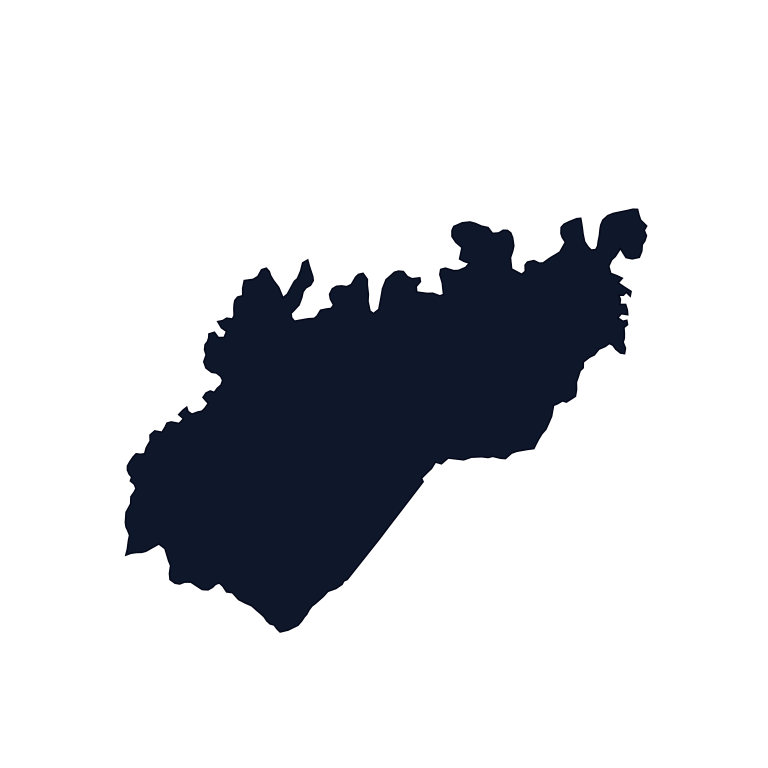 Coronel Vivida, Paraná, Brazil (Albers equal-area conic projection), rotated 127°
{"feature_id": "56859067B6845535054846", "entity_name": "Coronel Vivida", "entity_type": "district", "adm_level": 2, "iso_a3": "BRA", "parent_name": "Brazil", "parent_adm1": "Paraná", "projection": "albers", "projection_center": [-52.604, -25.993], "detail": "fine", "context": "isolated", "style": "filled", "palette": "ink", "viewbox_px": 768, "rotation_deg": 127, "n_neighbors": 0, "source": "geoboundaries", "source_scale": "gbopen_adm2", "svg_char_len": 4389}
<svg xmlns="http://www.w3.org/2000/svg" viewBox="0 0 768 768"><g transform="rotate(127 384 384)"><path d="M217.0,213.8L215.0,210.1L210.0,212.7L206.7,218.2L203.0,219.5L199.0,222.4L194.5,226.3L190.0,225.2L187.0,228.4L190.1,231.0L190.4,237.1L185.0,236.7L182.0,231.0L178.5,234.1L175.0,238.9L178.5,243.5L174.0,246.2L171.8,249.9L169.0,246.2L165.0,245.8L165.7,240.2L161.3,242.4L161.9,249.9L162.3,257.8L156.1,257.3L157.4,263.5L159.2,269.5L154.6,275.4L147.7,276.9L143.0,276.0L133.5,276.7L135.4,272.1L137.4,266.8L134.7,261.1L129.2,256.3L122.6,258.1L117.3,261.6L112.6,261.8L107.6,263.6L104.7,268.6L99.7,269.3L98.6,277.7L95.6,282.1L91.9,286.6L94.6,290.4L99.0,294.1L105.7,300.0L109.7,303.5L114.8,306.6L121.3,307.9L126.5,306.6L129.9,304.9L135.9,301.3L140.5,299.1L145.4,296.4L149.2,295.8L152.3,299.1L151.7,303.5L149.6,309.4L144.3,315.4L139.3,320.2L133.2,326.6L136.1,329.7L142.9,333.8L148.0,336.4L152.3,336.8L157.3,333.3L159.7,329.8L161.6,324.5L172.8,323.0L177.2,324.7L181.0,326.3L184.4,327.6L191.6,329.8L194.0,332.7L195.2,338.6L200.3,342.9L204.1,342.9L209.0,339.0L213.5,340.1L215.3,351.3L207.0,359.0L200.4,361.2L195.6,363.4L189.7,369.3L187.0,373.7L187.0,377.9L189.5,381.4L194.3,383.3L198.4,388.0L196.4,395.0L199.2,401.1L200.8,407.8L202.8,412.8L208.1,418.5L216.2,423.1L220.5,422.1L225.3,418.5L227.6,412.0L228.1,403.9L234.8,400.7L238.7,398.9L237.9,393.6L236.1,388.6L241.8,389.0L248.5,392.9L251.5,396.5L254.5,404.7L258.4,407.7L263.0,405.3L268.3,398.2L272.2,394.6L276.7,390.3L280.0,392.5L282.1,399.6L285.7,404.1L290.8,413.2L286.8,416.9L280.3,416.5L277.6,419.3L283.1,425.0L284.1,430.1L282.5,436.2L285.1,440.4L288.5,443.0L293.4,443.9L299.4,445.2L309.0,442.5L312.3,440.7L319.8,436.9L327.5,433.1L334.2,434.9L334.0,439.3L327.5,446.6L321.7,450.5L315.1,456.8L310.4,460.3L308.2,467.4L311.9,470.4L315.7,471.0L324.2,470.0L328.7,472.4L331.1,476.9L334.6,480.8L339.1,482.6L345.1,481.5L348.4,478.0L351.3,471.8L355.5,471.8L358.9,475.3L363.3,479.1L369.9,478.4L373.6,479.2L377.4,483.7L383.9,489.8L387.7,493.3L386.7,497.5L383.7,500.7L379.0,500.1L371.9,499.4L364.3,501.7L359.1,504.1L354.2,504.2L349.4,502.1L344.0,502.7L341.0,505.6L334.6,514.8L330.8,519.6L336.2,521.9L343.9,518.6L352.0,516.6L356.0,517.4L370.5,515.3L375.9,516.6L370.2,526.2L367.8,534.6L365.6,539.9L363.2,543.3L362.3,547.7L366.4,550.6L374.1,549.5L379.2,551.5L385.5,557.9L392.6,554.5L398.5,550.0L402.7,553.3L407.1,553.4L410.7,551.6L414.1,549.3L419.6,544.9L423.3,544.2L426.1,549.3L430.5,551.0L434.2,554.4L437.0,547.7L436.8,541.4L443.1,539.7L446.6,544.3L444.7,550.6L449.4,554.0L452.4,551.9L456.5,550.5L460.2,550.6L464.6,548.0L467.9,543.5L474.7,541.4L478.4,535.8L478.4,528.7L476.1,524.5L476.2,519.0L478.2,515.1L482.9,513.6L487.7,514.6L492.8,514.5L494.1,518.6L498.3,520.8L503.7,520.5L505.3,512.7L511.4,512.5L515.3,513.1L518.4,515.9L523.7,519.3L523.8,524.1L521.2,527.6L525.6,528.8L532.0,529.6L532.4,523.2L538.8,523.9L542.3,531.1L545.8,533.8L550.1,532.9L556.1,532.3L559.4,538.9L565.6,540.2L570.3,536.4L574.6,536.0L578.4,535.4L583.7,533.2L586.6,536.0L588.9,540.0L593.4,540.5L599.2,540.2L603.8,539.6L607.1,537.2L609.3,533.4L610.2,529.5L614.1,528.2L614.3,523.3L616.7,519.2L620.6,518.5L626.3,518.3L632.2,514.2L641.7,512.8L650.4,507.1L653.5,503.9L655.3,500.4L657.9,496.2L662.6,494.0L670.6,489.5L676.1,487.2L671.7,484.4L667.8,480.6L664.3,476.2L660.9,473.5L647.3,467.6L647.3,459.9L654.9,449.5L657.4,445.2L664.5,441.3L669.0,437.2L668.9,431.0L666.7,426.8L662.2,424.0L658.5,419.1L657.6,405.5L654.3,400.6L649.4,398.5L645.5,398.0L642.0,395.8L642.5,391.0L644.8,384.6L641.9,379.5L643.7,370.4L642.4,362.8L640.8,356.3L641.4,349.0L641.6,344.9L642.1,339.8L643.8,334.8L644.2,330.6L642.6,326.7L644.0,322.2L644.6,317.7L638.3,312.5L628.4,307.5L622.7,307.1L618.2,307.4L614.4,307.1L609.3,307.9L604.6,307.9L600.9,306.8L590.3,304.6L583.4,304.0L576.3,299.3L569.2,296.9L565.6,297.5L562.3,295.7L509.9,294.4L496.2,294.4L438.5,293.9L436.7,297.3L428.2,296.1L423.0,295.2L415.4,295.9L413.2,290.1L404.5,288.2L396.6,274.7L389.9,270.2L383.4,262.3L380.0,256.5L376.4,253.7L373.1,246.1L370.5,242.1L362.5,240.5L357.9,237.5L349.9,230.0L345.4,225.4L340.9,226.3L334.9,227.3L328.6,227.9L322.9,227.4L316.2,228.9L308.9,230.7L299.0,235.7L295.4,233.5L290.1,231.3L288.7,227.4L278.6,223.7L272.6,226.8L266.8,231.4L261.6,233.1L255.4,235.3L251.2,234.6L246.5,238.0L239.0,236.0L234.2,233.5L226.9,233.3L220.8,229.8L216.1,228.5L215.3,224.6L216.8,219.7L217.0,213.8Z" fill="#0f172a" stroke="#020617" stroke-width="1.5"/></g></svg>